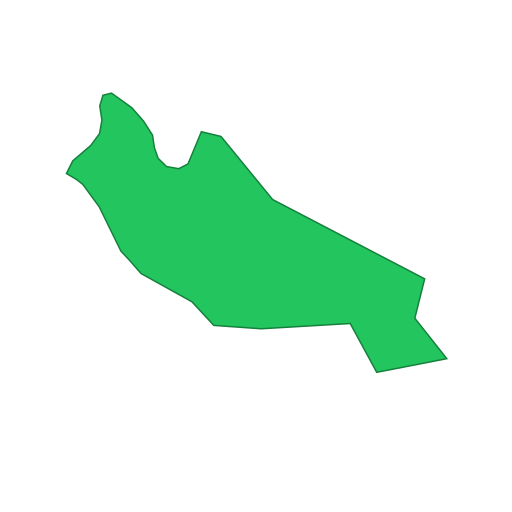 an SVG outline of Ikskiles, rotated 33°
{"feature_id": "LVA-5761", "entity_name": "Ikskiles", "entity_type": "Municipality", "adm_level": 1, "iso_a3": "LVA", "parent_name": "Latvia", "parent_adm1": "", "projection": "natural_earth1", "projection_center": [24.522, 56.856], "detail": "fine", "context": "isolated", "style": "filled", "palette": "green", "viewbox_px": 512, "rotation_deg": 33, "n_neighbors": 0, "source": "natural_earth", "source_scale": "10m", "svg_char_len": 565}
<svg xmlns="http://www.w3.org/2000/svg" viewBox="0 0 512 512"><g transform="rotate(33 256 256)"><path d="M150.7,328.1L140.1,325.5L97.8,300.2L71.8,290.3L63.8,289.6L52.1,290.1L50.5,276.0L57.2,253.3L58.1,238.6L52.8,226.0L43.2,215.2L40.1,204.5L46.1,198.1L71.2,199.3L88.4,204.2L103.4,211.0L111.8,220.5L120.7,227.4L132.3,229.7L143.7,224.8L148.8,215.8L142.5,181.5L161.5,174.8L239.2,199.6L409.9,183.3L423.1,221.7L471.9,238.2L420.6,287.8L371.8,261.3L300.0,314.2L258.4,337.2L227.2,329.3L169.2,333.3L150.7,328.1Z" fill="#22c55e" stroke="#15803d" stroke-width="1.5"/></g></svg>